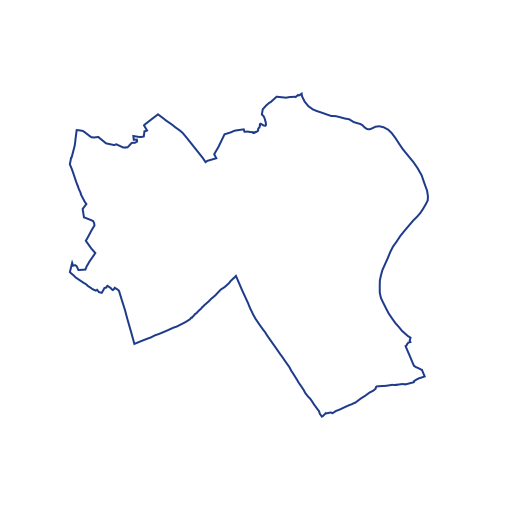 Vecsalienas pag., Daugavpils, Latvia (Equal Earth projection), rotated 73°
{"feature_id": "27541924B65627914021645", "entity_name": "Vecsalienas pag.", "entity_type": "district", "adm_level": 2, "iso_a3": "LVA", "parent_name": "Latvia", "parent_adm1": "Daugavpils", "projection": "equal_earth", "projection_center": [26.809, 55.845], "detail": "fine", "context": "isolated", "style": "outline", "palette": "blue", "viewbox_px": 512, "rotation_deg": 73, "n_neighbors": 0, "source": "geoboundaries", "source_scale": "gbopen_adm2", "svg_char_len": 5930}
<svg xmlns="http://www.w3.org/2000/svg" viewBox="0 0 512 512"><g transform="rotate(73 256 256)"><path d="M95.9,319.0L97.9,324.3L98.4,324.9L104.1,323.5L104.3,324.9L104.1,326.2L108.9,328.4L108.6,331.2L107.8,333.4L105.4,338.2L109.1,338.9L109.9,335.9L111.7,336.2L112.3,338.3L112.3,338.6L112.1,339.5L111.5,341.7L111.8,342.3L114.4,346.8L114.5,347.2L114.5,347.4L114.2,348.3L114.0,348.7L114.2,349.1L114.2,349.3L113.4,350.9L113.5,350.9L113.3,351.4L108.3,357.0L108.5,359.1L104.8,365.8L104.4,366.4L104.3,366.6L103.7,367.0L102.7,367.6L99.3,369.9L96.4,371.9L96.1,371.9L95.9,373.1L95.5,375.2L95.4,375.8L95.3,376.5L95.1,376.7L94.8,377.5L94.5,378.2L94.4,378.5L94.1,378.8L92.9,379.8L91.8,380.6L91.7,380.7L91.2,381.0L89.1,382.5L86.5,384.4L85.7,385.2L85.3,385.9L84.0,388.6L83.5,389.8L83.4,390.1L83.2,390.7L88.5,393.1L92.2,394.8L93.4,395.2L97.6,397.2L107.2,403.1L108.0,403.7L108.0,404.1L113.9,407.2L119.3,406.7L124.5,406.5L132.4,406.3L137.1,406.0L137.1,405.9L139.5,405.9L143.4,405.4L143.7,405.4L144.9,405.2L145.7,405.5L154.2,403.9L156.7,403.0L160.3,408.0L168.7,409.2L172.9,403.9L174.9,401.6L177.1,401.2L179.5,401.5L183.1,405.5L189.5,411.9L191.7,414.3L200.7,411.3L202.2,410.6L206.2,408.8L212.7,417.0L214.8,419.2L216.3,420.9L219.1,423.1L218.1,427.4L217.5,429.9L213.3,430.5L211.9,431.6L211.8,433.7L208.8,433.8L216.8,438.6L217.0,438.7L218.3,438.0L221.7,435.8L223.7,434.8L228.3,431.1L230.0,429.7L230.8,429.1L231.3,428.6L231.7,428.3L232.3,427.7L232.5,427.5L234.0,426.3L234.4,426.1L234.9,425.9L235.7,425.4L236.2,424.9L236.7,424.6L237.7,423.7L238.3,423.2L239.2,422.6L239.5,422.3L239.9,421.9L241.0,420.9L241.2,420.7L241.3,420.3L242.2,419.5L242.2,419.1L242.2,418.5L241.9,417.9L244.7,416.7L246.1,414.3L244.2,412.2L242.3,410.3L242.4,408.3L241.6,407.8L241.1,406.8L244.0,404.4L246.3,403.3L246.7,402.9L246.2,401.5L245.1,400.4L247.6,398.2L249.2,397.2L251.1,397.2L258.5,397.2L269.5,397.1L277.1,397.4L292.9,397.7L304.5,398.0L304.2,394.5L304.0,392.8L303.7,389.4L303.2,382.4L303.2,380.7L302.3,375.8L302.2,371.6L301.3,362.8L300.4,356.1L300.3,352.4L298.7,343.3L298.1,340.9L297.2,337.6L296.4,336.5L296.0,335.9L296.3,335.4L295.6,334.3L294.1,331.7L293.8,331.6L293.3,329.6L292.9,329.1L291.4,326.4L290.4,324.1L289.1,322.2L289.1,321.9L287.6,319.2L287.5,318.7L286.3,316.2L285.6,314.5L284.8,313.2L283.4,310.4L283.1,309.5L281.5,305.9L281.2,305.5L277.8,299.5L276.6,295.2L274.0,289.6L272.7,287.9L270.6,283.8L270.7,283.7L269.2,281.0L276.4,280.2L284.6,279.3L292.8,278.2L299.3,277.3L301.3,277.2L304.1,276.9L305.8,276.7L306.0,276.6L310.7,275.9L310.9,275.9L314.5,275.1L315.0,275.1L321.7,273.0L322.2,272.9L328.9,270.6L331.4,269.6L333.8,269.0L335.9,268.4L337.1,268.0L339.6,267.2L343.8,265.8L345.1,265.4L346.5,264.9L357.4,261.4L359.5,260.6L364.4,259.1L371.9,256.6L376.7,255.7L378.4,255.1L386.6,252.9L389.7,252.2L394.9,250.5L396.7,250.0L398.0,249.6L401.6,248.9L405.5,247.4L407.5,246.3L408.6,245.8L410.1,245.3L412.1,244.7L414.8,244.0L415.0,243.9L417.3,243.1L422.2,241.4L422.4,241.2L422.7,241.1L425.5,241.1L428.7,240.0L428.8,240.0L428.8,239.8L428.7,239.0L426.9,235.6L427.0,235.6L427.5,230.2L428.7,228.9L428.0,226.3L427.6,225.1L427.5,223.7L427.4,221.4L426.6,216.0L426.0,211.5L425.8,209.6L425.8,207.9L425.2,204.7L425.4,204.2L423.1,197.9L423.0,197.7L421.6,192.5L419.8,187.4L419.2,183.9L418.8,182.5L417.8,180.3L416.5,179.7L416.0,178.7L417.3,173.0L417.9,170.9L418.4,168.0L419.0,163.5L420.0,160.9L420.4,159.2L420.2,159.2L420.6,157.4L421.2,153.5L421.6,152.7L422.3,150.6L422.5,150.6L422.7,145.5L422.8,143.8L422.8,141.9L421.8,141.3L421.0,138.3L420.8,136.9L420.6,135.9L420.6,132.8L420.5,129.9L413.7,130.6L413.4,130.6L413.1,131.0L412.9,131.3L412.1,132.1L411.7,132.6L410.9,133.3L410.4,133.8L409.7,134.7L409.2,135.5L408.7,135.8L408.2,136.2L407.7,136.6L407.4,137.0L404.2,137.4L395.1,138.3L392.7,138.6L387.1,139.2L385.9,139.3L385.4,138.0L384.3,137.1L383.4,135.6L383.4,133.5L381.7,133.7L379.3,132.1L376.9,134.2L370.2,138.3L365.5,140.2L361.0,142.3L355.9,144.0L349.8,145.9L344.0,147.0L336.7,148.2L332.7,148.8L327.4,148.4L320.7,146.4L315.6,144.7L311.1,142.2L306.5,139.3L301.8,135.2L296.2,130.3L291.6,126.6L287.1,122.3L283.4,117.4L279.0,112.1L275.1,106.3L271.5,100.7L268.0,95.2L265.6,90.6L263.0,86.4L259.8,82.5L256.3,78.7L253.0,75.5L249.1,74.1L243.5,73.3L236.3,73.7L227.3,74.0L219.6,75.7L212.3,78.0L205.0,81.0L197.0,84.3L190.6,86.3L183.9,88.2L178.1,90.3L173.8,92.7L170.2,96.3L168.0,100.1L167.3,103.8L168.0,108.5L168.0,110.6L167.1,112.6L165.3,114.2L161.9,116.1L160.3,117.6L158.5,120.4L156.5,123.4L152.4,127.0L150.6,130.7L147.3,135.9L145.5,139.0L144.1,143.1L141.3,147.0L137.8,151.7L135.0,155.7L133.7,157.2L132.5,158.7L128.1,162.1L122.7,164.3L119.9,164.8L116.5,165.3L114.1,164.9L114.9,167.3L115.0,168.2L114.3,168.8L115.6,171.6L115.0,172.5L113.8,177.6L113.4,181.0L109.7,189.7L111.5,193.5L113.2,197.2L113.2,197.9L113.3,198.2L113.6,199.1L115.0,202.2L117.6,206.6L122.3,209.0L122.5,208.8L122.9,208.8L123.2,208.6L123.7,208.3L124.2,208.0L125.4,207.7L126.2,207.6L128.0,207.5L128.4,207.5L128.7,207.6L129.2,207.6L129.8,207.6L131.8,207.7L132.1,207.8L132.8,207.9L133.6,208.2L134.1,208.7L134.2,208.9L133.5,210.4L132.6,211.3L131.9,211.9L131.0,212.7L130.8,213.1L130.9,213.4L131.2,213.8L131.7,213.9L132.0,213.9L132.3,214.1L132.5,214.1L132.6,214.3L133.0,214.4L133.3,214.7L133.6,214.9L134.2,215.2L134.2,215.6L134.5,216.1L135.0,216.7L135.5,217.0L136.0,217.0L136.5,217.2L136.8,217.5L137.0,217.9L137.1,218.0L137.5,219.8L137.4,220.1L137.2,220.2L137.2,220.3L137.2,220.5L137.3,220.9L137.5,220.9L137.6,221.1L137.8,221.3L137.8,221.9L137.7,222.5L137.4,222.8L137.2,222.9L137.0,223.1L136.8,223.1L136.6,223.0L135.8,225.2L134.7,227.3L133.8,230.7L131.3,230.7L130.2,237.7L129.9,240.1L130.4,243.9L130.4,245.1L130.4,250.5L140.9,260.2L146.4,266.2L150.9,265.4L150.9,267.1L150.8,272.3L150.8,274.8L151.5,276.8L146.5,278.3L134.4,283.1L134.1,283.2L122.7,287.7L120.3,288.7L117.0,290.1L113.9,292.0L109.5,295.4L109.4,295.5L105.8,297.9L100.3,302.3L97.1,304.5L91.9,308.3L94.3,314.8L95.0,316.7L95.9,319.0Z" fill="none" stroke="#1e3a8a" stroke-width="2"/></g></svg>